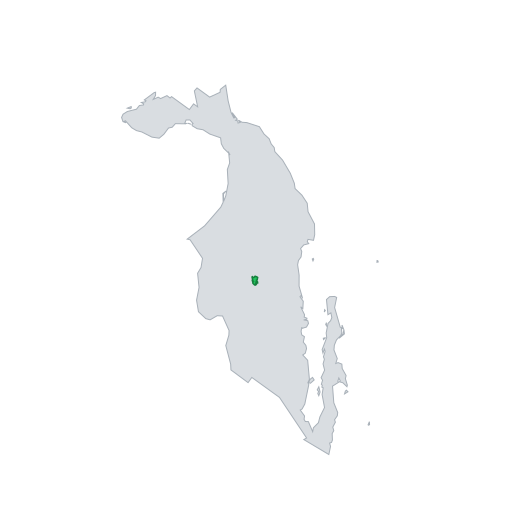 Lerdo, Durango, Mexico (highlighted), rotated 216°
{"feature_id": "50627088B11643703419483", "entity_name": "Lerdo", "entity_type": "district", "adm_level": 2, "iso_a3": "MEX", "parent_name": "Mexico", "parent_adm1": "Durango", "projection": "mercator", "projection_center": [-103.587, 25.471], "detail": "fine", "context": "in_parent", "style": "filled", "palette": "green", "viewbox_px": 512, "rotation_deg": 216, "n_neighbors": 0, "source": "geoboundaries", "source_scale": "gbopen_adm2", "svg_char_len": 5088}
<svg xmlns="http://www.w3.org/2000/svg" viewBox="0 0 512 512"><g transform="rotate(216 256 256)"><path d="M80.4,138.2L109.4,135.6L108.1,138.5L153.9,155.4L188.0,155.3L188.0,148.9L209.3,149.1L212.9,153.6L227.8,165.8L231.4,176.0L234.0,179.9L247.8,187.8L252.3,184.9L255.6,177.4L259.8,175.8L269.8,177.1L278.1,185.3L283.6,197.1L293.1,207.7L293.7,214.4L297.9,222.7L318.9,230.4L321.6,229.2L315.3,250.2L313.2,274.9L314.2,280.2L319.6,287.2L318.4,291.0L318.8,287.2L314.3,281.2L315.7,286.7L321.1,298.2L330.0,309.1L332.0,315.8L338.1,322.7L336.4,322.5L340.0,324.2L338.8,323.2L345.3,324.1L350.0,326.4L354.1,330.8L365.0,327.5L373.1,327.0L378.4,324.4L384.1,323.9L385.2,324.9L384.8,326.2L389.4,327.2L392.5,325.0L391.7,321.5L390.2,322.4L390.6,321.6L399.0,315.7L399.5,310.9L402.0,308.1L402.1,300.3L403.6,294.4L410.1,291.0L421.4,289.2L426.4,287.2L432.0,286.7L441.1,288.7L441.8,287.5L439.4,287.4L442.6,286.5L446.2,289.1L446.9,292.6L445.0,297.3L439.0,304.5L438.8,309.2L435.8,312.1L436.3,313.1L439.0,312.8L436.2,315.7L436.2,316.9L438.1,316.6L434.4,328.4L433.5,329.5L431.6,326.8L431.2,322.3L428.5,327.0L425.7,327.3L422.3,333.4L418.4,333.3L418.0,335.3L396.0,335.3L395.9,342.4L390.9,342.4L402.9,353.3L402.5,357.3L386.9,357.3L381.3,367.3L382.8,369.8L380.9,376.4L369.7,365.1L360.6,357.5L355.1,354.6L354.5,355.4L359.6,358.0L351.6,355.7L352.2,353.8L350.1,354.6L348.7,353.0L347.3,354.7L350.0,355.6L345.9,356.0L341.9,358.5L329.3,362.6L321.2,359.4L314.3,358.6L309.6,355.6L305.0,354.4L302.1,351.5L290.9,349.2L276.9,343.1L267.8,337.4L264.0,333.5L254.6,332.2L245.6,328.8L239.9,322.4L227.5,316.3L221.0,307.7L218.7,302.5L223.7,300.0L222.9,297.7L220.6,297.0L223.9,293.0L224.3,288.2L221.6,286.5L219.0,281.7L219.0,277.3L217.2,273.4L209.9,265.9L203.4,256.9L193.4,249.1L196.3,250.6L196.5,248.9L191.2,247.2L187.2,241.0L190.0,241.2L182.2,237.0L181.1,234.9L178.2,235.6L177.7,234.7L179.9,232.3L176.1,234.1L173.9,232.3L173.4,228.2L176.1,224.6L177.1,225.3L175.2,221.5L172.7,219.1L169.4,219.2L167.1,214.1L163.1,213.0L160.7,210.8L159.0,206.3L160.0,203.4L152.9,202.0L140.3,187.6L139.6,184.1L137.7,183.0L129.5,164.9L128.8,159.3L129.7,157.4L122.7,155.1L121.1,152.1L118.8,151.1L116.3,152.8L106.9,147.2L108.6,150.8L107.5,157.8L109.7,163.3L111.5,173.7L121.1,182.8L124.2,188.9L125.6,188.6L126.4,190.4L127.7,190.6L129.1,194.6L131.8,195.8L133.4,204.0L138.3,208.1L140.0,212.7L142.2,214.1L144.0,219.5L145.9,220.9L144.8,216.8L147.5,219.2L150.8,231.5L154.0,235.0L158.1,243.8L157.6,247.5L158.5,250.8L162.0,254.0L163.3,250.8L173.4,262.2L172.5,266.4L168.6,269.5L166.4,269.9L162.1,260.5L146.1,248.0L144.7,248.1L141.4,244.2L140.7,241.5L141.6,235.5L140.2,229.9L137.7,225.8L130.0,220.8L128.3,215.9L126.9,218.0L123.0,219.0L120.1,215.6L112.8,212.2L111.6,209.3L106.2,205.2L105.6,203.7L111.3,204.5L114.5,203.3L114.5,204.6L117.3,206.0L116.2,202.7L114.9,202.5L117.6,195.7L106.8,183.0L97.9,177.4L96.3,174.5L96.2,169.7L94.1,168.2L93.3,162.7L90.4,160.4L90.0,157.1L86.0,152.0L85.3,149.6L86.5,147.9L83.8,145.8L80.4,138.2ZM139.8,187.8L138.9,191.0L136.1,189.9L137.2,185.0L138.9,184.5L139.8,187.8ZM128.3,187.1L124.2,183.6L123.1,179.9L125.2,181.1L125.7,183.2L127.8,183.7L128.3,187.1ZM444.8,303.5L443.9,302.5L444.4,301.1L447.0,300.0L444.8,303.5ZM141.6,248.1L138.7,244.9L140.4,238.3L139.9,244.2L141.6,248.1ZM104.0,200.6L101.8,200.2L103.3,196.5L104.3,199.2L104.0,200.6ZM66.9,188.6L65.0,186.3L65.4,185.3L66.1,185.3L66.9,188.6ZM144.0,248.2L145.8,250.7L142.1,248.3L144.0,248.2ZM208.7,286.6L208.3,287.7L207.4,287.3L207.0,285.5L208.7,286.6ZM159.3,241.5L159.9,243.5L158.0,241.0L159.3,241.5ZM152.2,228.1L153.2,229.0L151.7,230.9L152.2,228.1ZM155.4,323.5L154.7,323.8L153.6,323.0L154.5,322.0L155.4,323.5ZM387.9,323.9L386.0,324.4L389.3,323.3L387.9,323.9ZM168.9,252.9L167.9,252.7L167.8,250.8L168.9,252.9Z" fill="#d9dde1" stroke="#a8b0b8" stroke-width="1"/><path d="M245.0,237.9L245.2,237.7L245.3,237.5L245.3,237.4L245.3,237.2L245.5,237.0L245.6,236.9L245.8,236.9L246.0,236.8L246.0,236.7L246.1,236.8L246.3,236.8L246.5,236.9L246.6,237.0L246.8,237.1L246.9,236.9L246.8,236.6L246.7,236.6L246.2,236.3L246.1,236.0L245.8,235.7L245.7,235.7L245.2,235.1L245.0,234.9L244.9,234.9L244.9,234.7L244.5,234.4L244.4,234.2L244.2,234.1L243.9,234.1L243.8,233.9L243.7,233.9L243.8,233.8L243.7,233.8L243.6,233.7L243.8,233.6L243.5,233.3L243.4,233.5L243.1,233.1L243.3,233.0L242.9,232.6L242.6,232.2L242.4,232.1L242.1,232.0L241.1,231.9L240.7,231.8L240.4,231.8L240.1,231.8L239.9,231.8L239.6,232.0L239.8,232.3L239.3,232.5L239.4,232.9L239.5,232.9L240.0,233.5L239.9,234.5L240.5,234.6L240.6,234.9L240.2,234.8L240.5,235.7L240.2,235.7L240.1,235.4L239.6,235.5L239.6,235.4L239.1,234.7L239.1,234.8L239.2,235.0L239.3,235.1L239.2,235.2L239.2,235.3L239.3,235.4L239.3,235.5L239.4,235.8L239.5,235.8L239.4,235.8L239.5,235.9L240.0,235.8L240.1,236.0L240.6,235.9L241.4,236.8L241.2,237.2L241.0,237.4L241.4,238.2L241.5,238.3L241.6,238.5L241.7,238.4L241.6,238.5L241.7,238.8L241.7,239.0L241.9,239.5L242.3,239.7L242.5,239.6L242.8,239.6L243.3,239.5L243.6,239.5L243.8,239.4L244.5,239.1L244.8,238.9L244.8,238.5L244.7,238.3L244.8,238.4L244.8,238.2L245.0,238.1L245.0,237.9L245.0,237.9Z" fill="#22c55e" stroke="#15803d" stroke-width="1.5"/></g></svg>